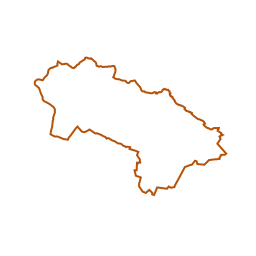 outline of Tarna Mare, Satu Mare, Romania, rotated 194°
{"feature_id": "2599482B73282248803185", "entity_name": "Tarna Mare", "entity_type": "district", "adm_level": 2, "iso_a3": "ROU", "parent_name": "Romania", "parent_adm1": "Satu Mare", "projection": "albers", "projection_center": [23.2, 48.086], "detail": "fine", "context": "isolated", "style": "outline", "palette": "amber", "viewbox_px": 256, "rotation_deg": 194, "n_neighbors": 0, "source": "geoboundaries", "source_scale": "gbopen_adm2", "svg_char_len": 5810}
<svg xmlns="http://www.w3.org/2000/svg" viewBox="0 0 256 256"><g transform="rotate(194 128 128)"><path d="M212.0,175.6L212.1,173.1L211.6,172.0L212.0,171.1L212.5,170.8L214.0,169.7L215.1,169.0L215.7,168.2L216.6,168.0L217.7,167.3L219.1,165.1L219.2,164.2L218.9,162.2L219.0,161.1L219.5,159.4L219.8,158.7L220.3,158.1L221.0,157.1L221.5,155.8L222.3,153.7L226.6,153.6L227.7,153.1L229.1,151.4L229.4,150.7L229.5,149.2L229.3,148.6L228.5,147.5L227.5,146.8L226.5,146.5L223.9,145.2L220.7,140.1L219.4,138.7L218.3,137.3L217.8,135.2L216.7,134.2L216.0,133.8L212.1,132.9L210.1,132.3L205.5,130.4L203.6,128.7L202.7,125.6L203.1,119.4L202.6,118.4L202.7,116.6L201.9,111.0L202.0,106.9L201.7,103.2L200.7,102.9L198.9,102.4L196.9,102.0L194.5,102.7L189.6,102.0L188.1,101.7L183.5,102.1L183.4,103.2L183.1,104.4L181.9,106.8L179.5,112.6L179.4,112.7L179.2,113.6L178.6,114.9L178.2,115.8L177.9,116.2L177.6,116.8L177.3,117.2L175.6,115.8L173.7,114.7L172.2,113.4L171.9,113.5L171.4,113.4L170.2,113.2L169.0,113.7L167.7,114.5L167.1,115.2L166.3,115.8L165.7,116.5L165.0,117.2L159.1,115.0L157.8,114.9L157.0,115.4L152.2,114.8L151.5,114.5L147.8,113.7L146.8,113.3L146.5,112.7L146.0,112.5L145.3,113.2L144.7,113.4L143.8,113.3L141.8,112.6L141.3,112.5L140.4,112.1L138.9,112.0L137.9,112.0L137.5,111.9L136.6,111.5L136.0,111.3L135.1,111.0L133.6,110.6L132.3,111.0L131.9,111.0L130.4,110.8L129.1,110.0L128.7,109.8L127.2,109.5L126.8,109.6L125.4,109.0L124.9,109.2L124.1,109.7L123.6,109.8L122.1,109.8L121.3,109.9L121.4,108.0L116.0,107.8L112.2,107.3L112.7,103.9L109.1,100.5L108.7,100.0L108.6,99.2L108.4,98.6L108.1,98.2L107.7,97.5L107.8,97.3L107.9,97.2L108.4,97.2L110.2,96.8L110.1,96.0L110.8,96.1L109.5,89.7L109.4,89.1L111.4,88.6L108.9,83.6L103.6,83.1L103.7,76.5L103.1,74.0L98.4,69.8L95.0,69.3L92.4,73.1L88.8,71.0L88.4,69.4L86.5,69.3L85.3,77.4L75.5,78.5L74.3,81.1L71.9,80.4L68.7,81.9L68.6,83.5L66.2,92.5L63.4,103.8L59.5,106.6L57.0,108.0L55.1,112.4L53.4,112.3L52.0,109.8L45.1,110.8L41.6,116.5L36.2,118.6L35.3,118.9L34.7,118.9L33.9,119.4L32.0,120.2L31.7,120.2L31.9,121.1L32.1,121.5L31.5,122.4L31.3,123.1L31.3,123.3L31.5,123.8L31.4,124.2L31.0,124.5L30.4,124.6L29.9,124.8L28.1,125.3L27.6,125.5L27.2,125.9L26.5,126.9L33.4,131.6L34.4,132.3L37.5,134.4L37.5,134.6L37.2,135.2L37.1,135.5L36.1,138.2L35.5,139.8L37.2,141.9L34.5,144.2L36.2,144.6L36.3,144.8L36.1,145.3L36.1,145.5L36.3,145.6L37.0,145.8L37.3,145.9L38.0,146.2L39.3,146.6L40.4,147.0L40.4,147.4L40.0,148.4L40.2,148.5L40.0,148.8L39.9,149.2L39.9,150.0L42.6,149.2L44.5,148.8L45.2,148.2L46.0,147.1L46.7,146.9L47.1,146.6L47.6,146.8L49.1,147.1L49.6,147.2L50.2,147.1L50.6,147.4L51.1,147.3L51.3,147.3L52.8,147.9L54.1,148.5L54.9,149.0L55.6,149.7L55.6,149.8L54.6,150.4L54.4,150.7L54.6,151.3L56.0,152.5L56.9,153.0L61.0,153.7L62.2,153.5L62.6,153.7L67.2,155.7L69.6,157.0L69.5,157.8L70.3,157.9L70.2,158.2L72.5,158.7L72.6,158.4L74.1,158.7L75.1,158.7L75.6,158.8L75.6,159.0L77.7,159.9L77.6,161.4L78.1,161.5L79.0,162.0L79.9,162.3L80.9,162.4L81.1,162.5L81.5,162.7L81.9,162.6L82.3,162.7L83.1,162.7L83.5,162.8L84.0,162.6L84.3,162.9L84.8,162.8L85.3,162.9L85.7,163.1L86.3,163.2L86.7,163.4L87.1,163.5L87.7,164.1L88.4,164.5L88.5,164.6L88.6,164.9L88.7,165.1L89.2,165.4L89.3,165.5L89.4,165.9L89.7,166.1L89.8,166.4L89.9,166.6L90.7,166.8L91.1,167.2L91.5,167.5L92.0,167.9L92.1,168.4L92.4,168.9L92.8,168.7L92.9,168.8L93.3,169.0L93.8,169.3L94.1,169.1L94.3,169.1L94.6,169.7L95.1,170.0L95.0,170.3L95.5,170.7L95.6,171.0L95.8,171.3L95.7,171.4L95.7,171.8L95.5,172.0L95.8,172.1L96.0,172.1L96.1,172.4L96.3,172.8L96.3,173.1L96.5,173.4L96.7,173.8L96.9,173.9L97.6,174.0L97.8,174.3L98.1,174.4L98.3,174.7L98.7,174.5L99.7,174.6L100.1,174.3L100.5,174.6L101.0,174.6L101.5,174.9L102.0,174.7L102.5,174.7L102.7,174.0L102.8,174.0L103.3,173.7L103.6,173.3L103.7,172.9L103.7,172.6L103.7,172.4L104.0,171.8L104.2,171.3L104.5,170.9L104.7,170.7L105.1,170.6L106.1,170.5L106.5,170.2L107.1,170.0L107.4,169.4L107.7,169.1L108.0,168.6L108.2,168.9L108.5,168.9L109.3,169.2L109.5,169.0L109.4,168.8L109.4,168.6L109.6,168.5L109.8,168.8L110.2,169.1L110.3,169.2L110.7,169.2L111.0,169.2L111.5,168.9L111.8,168.7L112.0,168.3L112.5,168.0L112.8,167.6L113.3,167.4L114.1,167.3L114.7,167.2L115.2,167.3L116.5,167.0L117.9,167.1L119.4,166.8L120.0,166.9L120.5,167.3L120.9,167.5L121.3,167.5L122.1,167.1L122.5,167.1L123.4,167.4L123.9,167.7L124.5,168.3L125.4,169.8L125.9,170.3L126.7,171.0L127.7,171.6L129.2,172.7L129.7,173.0L130.4,173.5L131.8,174.8L132.7,175.7L132.9,175.8L133.4,175.6L135.1,174.7L136.7,174.1L137.2,173.4L137.6,172.5L137.9,172.1L138.5,171.8L138.9,171.6L139.7,171.8L140.2,171.9L141.2,172.6L141.7,173.1L142.2,173.2L145.3,172.6L145.7,172.7L147.2,173.0L148.4,173.1L148.8,173.2L149.4,172.9L150.0,172.8L151.3,172.8L153.0,172.9L153.6,173.4L154.6,173.7L154.4,174.1L154.3,174.4L154.3,176.1L154.1,177.3L154.0,178.4L153.9,179.0L154.0,180.5L154.1,181.0L154.3,181.8L154.4,182.1L154.9,182.9L156.2,184.7L156.8,184.7L158.5,184.2L159.4,183.7L159.6,183.5L159.7,183.4L161.6,183.1L162.3,182.8L162.7,182.4L163.1,182.2L163.7,182.2L165.0,181.9L167.1,181.1L167.7,181.1L168.6,181.4L169.3,181.4L170.7,180.6L170.8,180.5L171.3,180.5L172.2,180.7L173.5,180.8L174.5,183.0L174.9,183.6L176.1,184.4L177.4,184.9L178.0,185.4L179.2,185.9L179.7,186.1L180.2,186.6L180.4,186.7L181.0,186.6L181.2,186.1L182.8,186.0L183.7,186.0L183.8,186.2L184.8,186.3L185.6,186.2L186.5,185.8L186.5,185.4L186.5,185.0L186.5,184.6L186.6,184.1L186.8,183.7L187.4,183.3L188.2,182.5L189.1,181.4L189.9,180.7L190.6,179.9L190.8,179.3L190.9,179.1L190.9,178.9L190.9,178.5L191.3,178.1L191.6,177.7L192.4,177.2L192.7,176.9L193.2,175.7L193.4,175.5L193.4,174.9L194.4,174.2L194.5,173.6L194.6,173.4L194.8,173.2L195.1,173.1L195.6,172.9L196.3,172.9L197.4,173.1L197.8,173.4L198.3,173.8L199.1,173.9L200.4,174.4L202.3,175.3L202.4,175.5L203.4,175.4L203.9,175.4L204.3,175.2L204.6,175.1L204.7,174.9L207.4,173.8L212.0,175.6Z" fill="none" stroke="#b45309" stroke-width="2"/></g></svg>